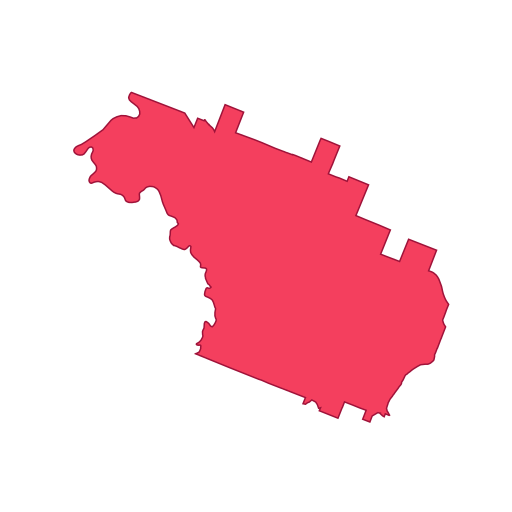 Maitland, New South Wales, Australia, rotated 192°
{"feature_id": "25037944B62637049608158", "entity_name": "Maitland", "entity_type": "district", "adm_level": 2, "iso_a3": "AUS", "parent_name": "Australia", "parent_adm1": "New South Wales", "projection": "robinson", "projection_center": [151.583, -32.708], "detail": "fine", "context": "isolated", "style": "filled", "palette": "rose", "viewbox_px": 512, "rotation_deg": 192, "n_neighbors": 0, "source": "geoboundaries", "source_scale": "gbopen_adm2", "svg_char_len": 6018}
<svg xmlns="http://www.w3.org/2000/svg" viewBox="0 0 512 512"><g transform="rotate(192 256 256)"><path d="M298.0,394.1L317.7,397.6L322.3,369.0L323.5,370.6L324.5,371.6L325.3,372.3L328.3,374.0L329.3,374.8L329.4,374.6L332.9,377.3L334.0,378.5L334.4,378.5L334.6,378.5L334.8,377.5L341.7,378.6L343.4,368.7L355.4,381.0L372.0,383.7L411.8,390.1L412.5,389.3L413.2,387.3L413.5,384.9L413.4,384.2L412.3,382.4L410.1,380.9L406.7,379.3L403.3,377.6L401.3,375.8L399.9,373.4L399.2,370.7L399.9,368.1L401.6,366.1L402.4,366.0L404.5,365.3L407.8,365.8L412.4,366.1L417.1,365.3L421.1,363.2L424.3,360.7L426.0,358.6L429.7,351.8L431.9,347.7L439.2,339.7L446.4,332.2L450.0,328.8L452.7,327.0L454.6,325.4L455.8,323.5L456.2,321.7L455.7,320.4L455.3,319.8L454.3,319.0L452.8,318.3L451.2,318.0L449.2,318.1L446.9,318.8L445.4,320.1L444.1,322.7L442.7,326.1L442.0,327.2L441.1,327.9L440.1,328.3L439.4,328.4L438.2,327.8L437.6,326.7L437.2,325.4L437.4,323.9L438.0,321.5L438.0,319.2L437.5,317.4L436.5,315.7L434.5,313.9L432.5,312.3L431.2,311.1L430.6,310.0L430.2,308.7L430.1,308.1L430.0,307.4L430.1,306.4L430.3,305.7L430.6,305.1L431.5,303.7L433.0,301.6L433.6,300.9L434.5,299.5L434.9,297.9L435.1,296.7L435.1,295.9L435.1,295.5L434.9,294.8L434.4,293.9L433.3,293.0L432.6,292.9L431.8,293.1L429.5,294.7L428.9,294.9L428.2,295.3L426.8,295.8L425.6,296.1L424.4,296.1L422.2,295.9L418.2,294.2L410.2,289.7L408.2,288.8L405.9,288.2L404.5,288.1L401.2,288.2L399.5,287.7L398.2,287.0L396.9,285.9L396.2,284.8L395.4,283.6L395.0,283.0L393.8,282.4L393.0,282.2L391.5,282.0L389.1,282.4L387.6,282.8L386.5,283.3L385.1,283.7L383.6,284.6L383.1,284.9L382.7,285.3L382.1,286.3L381.8,287.1L381.8,287.7L382.1,289.3L383.0,292.3L383.0,292.8L383.0,293.2L382.6,294.0L381.7,295.2L379.7,297.1L379.0,298.2L378.5,299.1L378.2,299.7L376.7,301.0L374.8,301.9L374.1,302.1L371.8,302.4L370.3,302.4L369.2,302.1L368.6,301.9L366.7,301.1L365.8,300.5L364.8,299.6L364.1,298.8L362.6,296.6L361.6,295.1L358.8,289.6L357.4,287.3L353.9,282.4L351.8,279.3L350.6,278.2L349.6,277.7L348.3,277.5L347.1,277.4L344.9,277.0L343.5,276.7L342.9,276.4L341.4,275.3L341.0,274.9L340.6,274.4L340.4,273.8L340.1,272.9L340.0,272.5L339.3,271.9L338.8,271.7L338.7,271.6L338.6,271.2L339.0,270.0L339.2,269.6L341.0,267.6L341.9,266.9L344.0,264.9L344.2,264.5L344.5,264.2L344.8,263.8L344.9,263.3L344.9,262.2L344.4,259.3L344.3,258.2L344.4,256.9L344.2,255.6L344.0,254.7L343.7,254.0L342.8,252.6L342.1,251.7L341.4,250.9L340.6,250.3L339.8,249.8L338.7,249.2L338.4,249.1L338.0,249.3L335.3,248.9L332.4,248.1L331.1,247.9L329.6,247.5L327.7,247.4L327.2,247.5L326.7,247.8L325.5,249.0L324.4,250.7L324.0,251.4L323.6,251.9L323.2,252.2L323.0,252.3L322.4,252.2L321.9,251.9L321.7,251.8L321.6,251.5L321.4,248.6L321.2,247.6L320.7,246.1L320.1,245.2L318.8,243.8L316.3,241.9L312.6,240.0L311.0,239.0L309.4,237.9L309.0,237.4L308.4,236.4L308.3,235.9L308.2,235.5L308.2,234.3L307.9,233.6L307.2,233.3L306.3,233.3L303.6,233.6L303.1,233.6L302.7,233.6L302.4,233.4L301.9,233.2L301.7,233.0L301.5,232.4L301.4,231.7L301.6,229.9L301.9,228.5L301.9,227.7L301.8,226.7L301.5,225.6L301.1,224.9L300.7,223.6L298.9,221.0L297.3,218.8L295.9,218.2L295.5,217.9L294.7,217.0L293.8,216.5L293.6,216.4L293.5,216.0L293.7,215.7L294.8,214.7L295.3,214.5L295.6,214.6L296.9,214.8L297.2,214.7L297.5,214.5L298.0,213.9L298.2,212.8L298.5,210.7L298.4,208.2L298.3,207.6L298.1,207.1L297.7,206.6L296.8,206.1L294.1,205.6L292.7,205.2L291.9,205.0L290.2,204.2L289.5,203.7L288.2,202.1L286.4,199.0L285.7,197.6L285.2,197.0L284.7,196.4L284.5,195.2L284.4,192.2L283.7,188.8L283.1,187.9L282.8,187.1L281.9,185.9L281.7,185.5L281.6,184.6L281.6,184.1L282.0,182.2L282.7,180.0L283.4,178.7L283.8,178.0L284.1,177.7L284.4,177.7L285.1,177.8L285.9,178.1L286.4,178.5L287.1,179.2L288.3,180.3L290.9,181.5L291.3,181.5L291.7,181.4L292.1,181.1L292.3,180.6L292.4,180.1L292.5,179.1L291.9,175.2L291.9,174.5L292.5,172.1L292.6,170.8L292.5,170.4L291.8,167.8L291.4,167.1L291.3,166.5L291.4,165.3L291.6,164.5L292.2,162.4L293.4,160.3L294.2,159.4L295.9,157.9L296.0,157.4L295.9,157.1L295.7,156.9L294.5,156.7L293.7,156.8L292.3,157.2L291.9,157.2L291.6,157.1L291.2,156.4L291.2,155.4L290.9,154.4L290.9,153.6L291.2,151.8L291.6,150.4L291.8,150.2L292.0,149.9L293.7,148.5L294.0,148.3L294.6,148.0L294.8,147.8L258.1,141.2L227.7,136.0L224.8,135.7L217.5,134.2L178.2,127.8L179.3,121.3L176.8,121.3L175.1,123.2L173.5,124.2L171.5,126.8L167.3,125.6L165.1,123.4L163.1,120.1L161.3,121.0L161.9,117.8L142.1,114.4L140.3,125.0L140.0,125.9L139.9,126.7L139.1,131.7L130.4,130.3L122.6,128.9L116.2,128.0L117.7,118.5L110.1,117.3L109.1,123.7L104.3,128.1L103.6,128.1L102.0,128.1L102.1,127.9L99.0,126.0L97.2,125.4L96.7,128.5L92.6,127.8L92.3,128.1L92.8,128.6L94.4,130.6L95.5,131.6L96.1,133.0L96.6,133.8L96.6,135.3L96.2,139.0L96.2,139.7L96.2,140.1L95.8,141.1L95.3,143.3L94.9,144.3L93.4,147.3L93.1,148.3L92.2,150.0L91.9,150.9L89.5,156.1L88.8,157.9L87.5,160.3L87.2,161.5L87.3,162.3L87.3,163.0L86.4,165.2L85.9,167.3L85.3,169.9L85.1,170.4L84.7,171.1L84.0,171.6L83.4,172.4L82.8,173.3L81.4,174.8L80.1,176.5L78.5,178.3L75.4,181.3L73.2,183.2L72.6,183.7L72.0,184.0L67.8,185.4L65.9,185.8L65.4,185.9L64.0,186.8L63.0,187.6L62.6,188.1L61.2,189.8L60.6,190.9L60.4,191.3L60.4,194.7L60.8,196.6L60.3,198.7L59.6,203.4L59.4,203.5L59.2,204.9L58.5,209.4L58.2,211.5L57.8,213.8L57.6,214.3L57.6,214.9L57.3,216.8L55.8,226.1L57.9,228.2L58.7,229.4L59.6,231.0L60.0,231.8L60.1,232.4L59.6,235.2L58.8,240.6L58.5,243.2L57.5,248.7L59.8,250.9L60.7,251.8L61.8,253.1L63.1,254.9L65.0,257.9L66.2,260.3L67.6,263.5L68.2,264.8L68.8,265.8L71.4,269.9L72.3,271.3L74.0,273.2L75.8,274.8L77.7,275.8L78.6,276.3L80.0,276.8L81.0,277.0L82.2,277.2L84.1,277.4L80.6,299.2L110.2,304.1L114.4,280.5L129.2,282.8L134.5,283.7L130.0,309.4L141.6,311.7L156.8,314.4L166.7,316.3L160.7,349.0L181.6,352.8L182.4,348.0L190.6,349.6L194.4,350.0L202.3,351.4L202.0,353.4L200.4,361.2L200.3,361.5L199.6,366.0L196.9,381.0L208.6,383.2L216.8,384.6L217.3,382.5L221.4,359.4L238.3,362.5L241.3,362.9L241.4,362.6L246.8,363.4L248.2,363.5L250.1,363.9L251.7,364.1L259.5,365.3L273.8,368.1L281.4,369.4L301.6,372.3L298.0,394.1Z" fill="#f43f5e" stroke="#9f1239" stroke-width="1.5"/></g></svg>